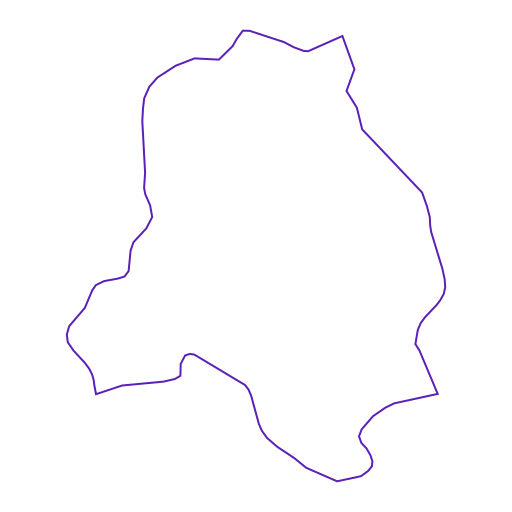 the border of Delhi
{"feature_id": "IND-2428", "entity_name": "Delhi", "entity_type": "Union Territory", "adm_level": 1, "iso_a3": "IND", "parent_name": "India", "parent_adm1": "", "projection": "equal_earth", "projection_center": [77.088, 28.657], "detail": "fine", "context": "isolated", "style": "outline", "palette": "violet", "viewbox_px": 512, "rotation_deg": 0, "n_neighbors": 0, "source": "natural_earth", "source_scale": "10m", "svg_char_len": 1224}
<svg xmlns="http://www.w3.org/2000/svg" viewBox="0 0 512 512"><path d="M342.4,36.0L354.4,69.3L346.5,91.0L356.9,107.8L362.2,129.4L422.1,192.5L426.8,205.8L429.8,217.1L430.2,225.8L431.2,232.1L442.4,268.8L444.7,279.4L445.2,287.1L443.8,293.8L440.5,299.8L436.7,304.9L425.3,316.9L420.8,322.9L417.8,329.9L415.4,344.1L419.5,350.6L437.7,393.9L394.3,403.3L385.3,407.7L373.0,416.2L361.7,429.3L359.0,436.3L361.4,443.0L366.5,448.4L370.4,455.2L372.4,461.2L371.9,466.3L368.1,471.0L360.9,476.2L337.1,481.3L306.2,467.8L294.7,458.4L277.0,446.6L267.2,438.1L261.9,430.8L258.9,424.0L251.2,395.9L248.6,389.7L245.0,385.0L194.3,354.6L189.8,353.9L185.1,355.5L180.7,363.9L180.4,375.8L174.9,379.0L163.7,381.6L122.1,385.5L96.0,394.2L94.3,385.0L93.7,380.2L92.2,374.7L89.1,368.6L84.9,362.9L73.6,350.7L67.8,342.3L66.8,334.5L69.2,326.2L84.9,307.8L92.2,290.4L95.9,285.1L104.1,281.1L117.8,278.6L124.5,276.5L128.6,271.1L130.6,250.7L133.4,242.3L146.4,228.3L152.2,217.0L150.1,205.3L145.3,194.3L144.1,188.0L145.1,172.7L142.3,121.1L143.0,108.4L144.2,98.3L149.4,86.6L157.6,77.4L175.7,65.7L194.5,58.4L218.9,59.6L232.6,46.2L236.6,39.1L242.8,30.7L249.5,30.8L284.0,42.1L293.7,47.2L303.6,50.9L308.2,51.2L342.4,36.0Z" fill="none" stroke="#5b21b6" stroke-width="2"/></svg>